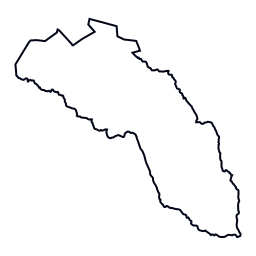 outline of Hwedza, Mashonaland East, Zimbabwe
{"feature_id": "62879985B61982490553927", "entity_name": "Hwedza", "entity_type": "district", "adm_level": 2, "iso_a3": "ZWE", "parent_name": "Zimbabwe", "parent_adm1": "Mashonaland East", "projection": "mercator", "projection_center": [31.714, -18.765], "detail": "fine", "context": "isolated", "style": "outline", "palette": "ink", "viewbox_px": 256, "rotation_deg": 0, "n_neighbors": 0, "source": "geoboundaries", "source_scale": "gbopen_adm2", "svg_char_len": 5814}
<svg xmlns="http://www.w3.org/2000/svg" viewBox="0 0 256 256"><path d="M240.4,235.5L240.6,234.7L240.4,233.7L239.1,231.7L238.6,230.4L237.1,227.9L236.6,225.3L236.7,224.0L236.9,223.1L236.9,221.9L237.3,220.6L236.6,217.5L236.5,215.7L236.8,215.0L237.3,214.6L238.6,213.5L238.8,213.0L238.9,212.3L238.8,211.7L238.2,210.0L238.2,207.2L238.0,206.4L238.4,202.7L239.2,201.1L239.1,200.4L238.7,199.1L238.3,198.3L238.3,196.3L238.5,194.5L238.5,191.2L238.4,190.3L238.1,189.9L236.7,189.2L236.2,188.6L235.9,186.9L235.1,186.3L234.1,184.6L232.9,183.6L231.7,181.5L230.8,180.9L230.4,180.5L230.7,179.2L231.4,176.5L231.9,175.9L232.1,175.3L231.4,175.4L230.2,173.3L229.8,172.8L229.7,172.7L229.3,172.8L228.9,172.0L227.8,171.4L226.4,170.2L226.1,170.1L225.7,170.2L224.9,171.3L223.9,171.3L223.2,171.1L222.6,170.5L222.3,168.7L221.8,167.7L221.5,166.4L221.5,161.2L221.1,160.6L220.5,160.0L220.1,157.7L220.2,156.7L220.1,155.1L220.3,154.1L220.3,153.5L220.2,153.0L219.2,151.8L219.1,150.5L218.5,148.8L218.5,145.5L218.4,145.1L219.0,144.2L218.9,143.0L218.4,142.2L218.6,141.6L218.7,140.9L218.7,139.2L219.1,137.9L219.1,137.2L218.9,136.5L218.4,135.9L217.7,135.2L217.3,134.5L216.1,131.0L215.5,130.1L214.2,127.0L213.1,125.9L212.7,124.6L211.6,122.7L211.2,122.5L210.1,122.2L209.6,122.2L208.8,121.9L207.6,121.8L207.0,122.2L204.4,122.7L204.2,122.8L203.7,123.5L202.7,123.9L202.0,123.9L201.6,123.7L200.8,123.0L200.7,123.0L200.3,122.6L199.7,122.1L196.2,122.3L196.2,121.2L197.4,118.8L197.1,117.4L196.7,116.1L196.4,114.9L195.9,114.4L193.7,110.7L193.3,109.7L192.4,108.5L191.9,107.0L191.5,106.3L189.7,104.5L186.4,100.6L186.1,100.1L185.7,98.5L185.5,98.2L185.2,97.9L184.8,97.9L183.9,98.6L183.6,98.5L183.6,97.9L183.4,97.7L183.5,96.7L183.1,95.9L182.6,95.5L182.3,95.1L182.3,94.9L182.4,94.3L182.3,94.0L181.5,93.2L180.1,92.5L179.7,91.6L179.6,91.2L179.9,90.3L179.7,89.5L177.0,88.4L176.2,86.7L176.1,86.1L175.1,84.2L175.2,83.7L175.7,82.5L175.6,81.3L175.5,80.8L173.9,79.1L173.5,78.3L173.5,77.9L172.1,77.0L172.1,75.4L171.7,74.9L171.2,74.7L169.7,74.7L168.8,74.4L168.3,73.8L168.1,72.3L168.6,71.2L168.6,70.9L168.1,70.8L167.1,71.0L166.2,71.0L165.0,71.3L164.2,71.3L163.2,71.7L161.2,71.4L159.7,71.5L159.3,71.4L158.8,71.0L158.2,70.1L157.3,69.4L154.4,70.4L151.9,70.3L151.2,69.5L150.9,68.7L150.5,68.2L149.6,67.9L148.0,67.0L147.7,66.7L146.9,63.7L146.0,61.9L144.4,61.5L142.9,61.6L142.6,61.5L141.6,60.2L141.1,59.0L140.7,58.8L139.5,59.0L139.2,58.7L138.8,57.7L138.5,57.6L137.6,57.8L137.2,57.1L136.5,56.8L135.4,55.8L133.3,53.7L132.5,52.7L140.0,50.7L138.7,47.0L138.6,46.9L136.2,40.9L124.1,39.5L117.4,36.3L116.6,26.2L100.8,21.9L100.6,21.9L89.5,18.9L88.3,24.5L94.7,31.8L82.4,38.8L73.0,45.4L72.1,44.9L71.8,44.1L59.5,30.7L57.6,29.4L57.5,29.5L56.9,32.5L45.0,41.1L36.4,40.1L30.4,40.5L28.5,42.9L15.4,64.5L16.0,70.5L16.3,75.3L16.9,76.2L17.6,76.5L18.0,77.4L18.9,78.1L20.0,78.3L21.3,79.2L21.8,79.3L22.7,79.8L23.7,79.8L24.6,79.3L25.9,78.4L26.7,78.5L27.3,78.8L27.8,79.4L27.8,80.0L27.6,80.9L27.9,81.5L28.3,81.5L28.5,81.2L28.7,80.7L30.2,79.9L31.1,80.2L31.6,80.6L33.5,80.4L34.0,81.0L34.3,82.3L35.2,83.6L36.6,84.2L36.9,84.7L38.4,86.2L39.0,87.6L40.0,87.6L40.3,88.7L40.9,89.2L42.3,90.0L43.7,89.9L44.6,90.3L45.3,91.0L45.6,91.1L46.6,91.0L47.5,91.3L48.6,91.0L48.9,90.8L49.8,91.0L50.1,91.7L50.3,91.8L50.8,91.7L51.0,90.7L52.2,89.5L52.4,89.5L52.9,89.7L53.5,90.8L54.3,91.6L55.4,91.8L56.5,92.3L57.4,91.9L58.1,92.2L58.6,93.9L58.9,94.6L59.5,94.8L60.1,94.9L61.3,95.3L61.4,95.5L61.7,95.6L62.5,95.4L63.2,95.9L63.6,97.8L64.8,99.5L64.8,101.3L65.9,103.6L66.0,104.8L66.3,105.8L67.0,106.4L69.1,107.2L69.8,107.3L71.8,108.3L74.4,108.7L75.9,110.0L76.1,110.6L76.2,111.4L77.0,113.6L77.0,114.1L77.2,115.6L76.9,115.9L77.4,116.3L80.2,116.6L80.7,117.2L81.3,117.5L86.3,118.0L87.0,118.3L87.9,119.1L89.2,119.5L91.8,119.3L91.9,119.8L91.5,120.6L91.5,121.7L91.9,122.4L92.2,122.5L92.6,123.0L92.7,124.1L93.6,126.3L93.7,126.5L93.9,127.3L94.4,128.5L94.9,128.9L97.0,129.5L98.6,130.5L99.8,130.7L100.2,130.6L101.0,130.0L101.7,130.5L102.1,130.5L103.6,130.3L105.2,129.4L107.0,129.5L106.4,131.3L106.6,133.5L106.8,133.9L107.2,135.4L107.7,136.5L108.2,137.2L109.1,137.8L110.8,138.2L111.9,137.6L113.5,137.4L115.3,136.1L117.9,135.2L118.7,135.1L119.0,135.3L119.7,135.7L120.4,135.9L122.5,136.9L122.9,137.0L123.7,137.0L124.2,136.3L124.7,134.2L125.3,133.2L125.7,132.7L127.8,131.5L128.4,131.6L129.3,131.9L130.9,133.0L132.5,132.7L133.5,133.2L134.0,133.7L135.2,134.1L135.6,134.6L136.1,136.0L136.2,136.3L136.4,136.3L136.7,137.0L136.8,138.2L138.1,141.6L140.3,148.2L140.7,148.9L142.1,150.7L142.9,152.1L144.3,155.6L145.5,160.4L146.2,162.7L149.8,170.9L150.0,171.9L150.2,174.4L150.9,175.6L152.9,177.8L153.0,178.1L153.0,179.7L153.4,181.5L154.5,183.6L156.0,185.8L156.0,186.2L156.9,187.8L157.0,188.9L158.3,192.1L158.8,193.1L159.3,193.5L159.4,194.9L159.1,196.2L159.1,197.3L159.6,199.4L159.7,199.5L160.4,199.5L160.5,199.7L160.5,200.2L160.2,200.6L160.3,201.7L160.5,202.2L161.6,203.5L162.1,204.1L163.1,204.8L163.6,206.1L164.2,206.9L164.7,207.0L165.3,207.0L165.7,206.6L166.1,206.5L166.5,206.0L167.2,206.1L168.6,206.8L169.3,207.5L170.0,207.9L172.4,208.0L172.8,208.3L173.2,208.3L175.1,208.9L178.8,209.4L180.2,210.0L183.1,214.0L183.8,214.3L185.0,214.5L186.2,215.3L186.6,217.3L186.8,217.7L187.1,217.8L188.0,217.5L188.3,217.5L188.9,218.2L189.5,219.8L191.4,221.2L191.5,221.7L191.0,223.4L191.3,223.9L191.9,224.5L193.5,225.5L196.3,225.6L197.0,225.9L197.5,226.3L197.6,227.2L198.1,228.7L198.4,229.3L199.1,230.0L200.2,230.5L201.4,230.7L202.2,231.0L203.5,231.1L204.0,231.1L205.2,230.5L206.6,231.6L210.2,234.1L210.5,234.4L210.8,235.1L211.2,235.0L211.9,234.5L212.5,234.5L213.2,234.7L214.1,235.4L214.5,235.4L214.7,235.2L215.2,234.5L215.8,234.4L217.3,235.2L219.4,236.8L222.2,237.0L224.0,237.0L224.7,236.8L227.6,235.1L228.3,234.9L230.4,234.9L232.1,235.4L233.1,234.8L234.8,234.6L235.6,235.0L236.6,236.2L237.0,237.0L237.3,237.1L240.2,236.0L240.4,235.5Z" fill="none" stroke="#020617" stroke-width="2"/></svg>